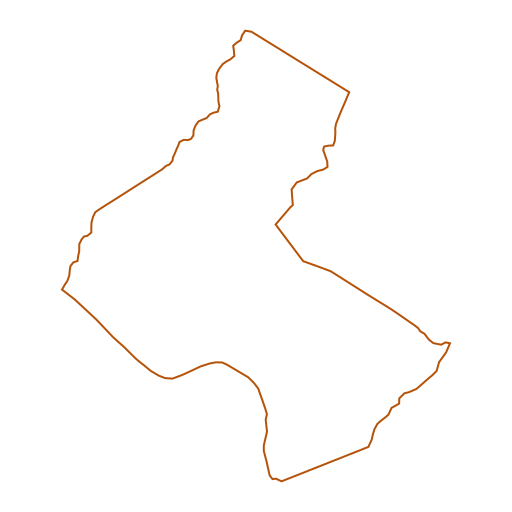 Traipu, Alagoas, Brazil
{"feature_id": "56859067B41834380082036", "entity_name": "Traipu", "entity_type": "district", "adm_level": 2, "iso_a3": "BRA", "parent_name": "Brazil", "parent_adm1": "Alagoas", "projection": "orthographic", "projection_center": [-36.97, -9.885], "detail": "fine", "context": "isolated", "style": "outline", "palette": "amber", "viewbox_px": 512, "rotation_deg": 0, "n_neighbors": 0, "source": "geoboundaries", "source_scale": "gbopen_adm2", "svg_char_len": 1981}
<svg xmlns="http://www.w3.org/2000/svg" viewBox="0 0 512 512"><path d="M166.2,165.8L161.9,169.5L136.1,185.9L128.0,191.1L99.5,209.2L95.3,212.2L93.1,216.6L91.5,222.5L91.3,227.5L91.3,232.6L87.1,235.9L84.0,236.5L81.6,239.4L79.3,244.0L79.2,251.4L78.2,255.8L77.5,261.0L73.3,262.4L70.4,266.2L69.8,270.1L69.3,275.5L67.3,281.1L65.1,284.2L62.0,289.6L74.8,299.5L96.4,319.6L113.1,337.2L123.7,346.7L129.3,352.2L135.3,358.2L139.5,361.8L144.4,365.6L150.6,370.8L158.7,375.6L165.1,378.1L172.5,378.6L181.6,375.2L185.5,373.5L200.9,366.3L210.0,363.4L216.0,362.3L222.3,362.5L227.0,364.7L248.1,377.2L253.9,382.9L258.2,388.5L264.1,405.2L265.3,408.7L266.9,414.1L265.7,419.7L267.0,431.6L263.8,445.5L263.8,450.9L266.5,461.3L269.7,475.5L272.5,479.1L275.9,478.7L281.6,481.3L368.4,446.9L371.7,439.7L372.9,434.3L374.5,429.1L377.4,423.9L380.7,420.9L384.9,417.7L388.4,414.7L391.6,407.8L396.2,405.3L399.1,403.6L399.3,398.3L404.4,393.3L408.9,392.2L416.5,388.9L422.0,384.1L428.7,378.2L432.4,375.2L436.6,371.0L439.1,362.1L446.1,352.4L450.0,343.3L445.6,342.4L441.1,344.7L433.3,343.1L428.9,339.6L424.4,333.7L420.2,331.3L418.2,328.2L415.5,326.0L395.7,312.3L392.9,310.4L388.4,307.5L369.1,295.6L330.8,271.3L319.1,266.9L303.2,261.2L275.6,224.5L290.3,207.3L292.8,205.1L291.6,189.4L296.8,182.4L307.0,178.5L311.4,174.1L317.0,171.2L323.4,169.5L327.5,166.9L327.2,161.4L323.2,150.0L324.1,146.6L328.3,145.7L333.2,145.4L334.8,140.9L335.4,132.9L335.2,128.3L336.1,123.6L340.1,113.5L344.3,103.8L349.2,92.2L251.4,31.7L245.2,30.7L242.0,35.4L240.7,40.1L236.4,42.9L233.2,45.7L233.9,50.8L234.3,56.0L230.3,59.4L226.5,61.4L222.7,64.1L219.0,69.0L216.9,73.3L216.3,77.8L217.1,82.4L217.8,85.9L217.2,89.8L218.1,93.3L218.3,97.4L218.4,101.2L219.4,106.2L217.8,111.7L213.2,112.8L209.8,114.5L206.7,118.0L202.0,119.9L198.5,121.4L195.6,125.4L193.6,130.4L193.4,135.4L191.0,138.9L187.9,140.1L183.8,139.8L179.6,141.9L178.3,145.4L176.7,148.8L174.9,153.3L173.0,157.3L172.5,160.7L169.4,164.5L166.2,165.8Z" fill="none" stroke="#b45309" stroke-width="2"/></svg>